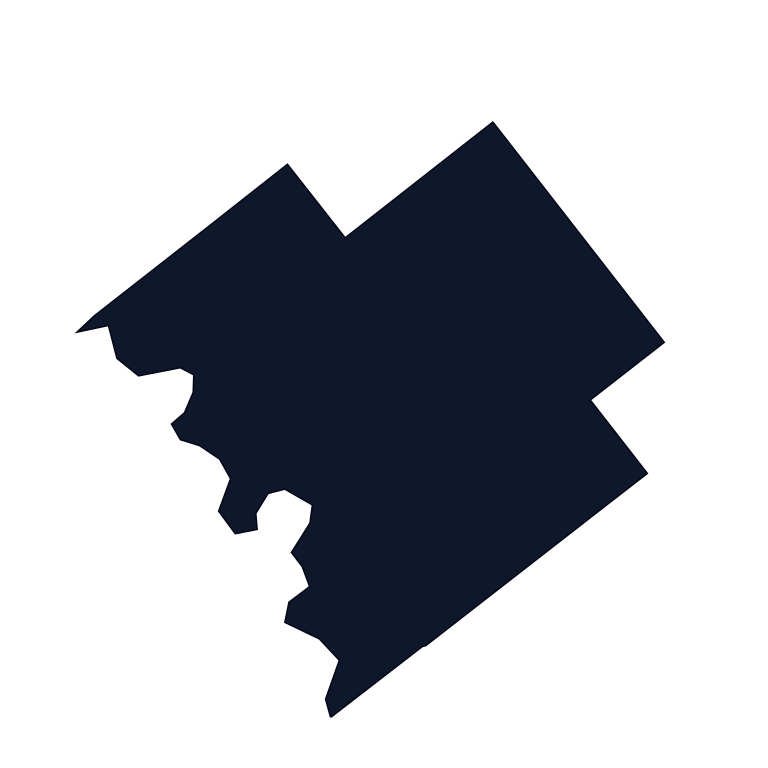 Pontotoc, Oklahoma, United States of America (Albers equal-area conic projection), rotated 232°
{"feature_id": "52423323B67548831395162", "entity_name": "Pontotoc", "entity_type": "district", "adm_level": 2, "iso_a3": "USA", "parent_name": "United States of America", "parent_adm1": "Oklahoma", "projection": "albers", "projection_center": [-96.674, 34.735], "detail": "fine", "context": "isolated", "style": "filled", "palette": "ink", "viewbox_px": 768, "rotation_deg": 232, "n_neighbors": 0, "source": "geoboundaries", "source_scale": "gbopen_adm2", "svg_char_len": 723}
<svg xmlns="http://www.w3.org/2000/svg" viewBox="0 0 768 768"><g transform="rotate(232 384 384)"><path d="M521.9,631.1L523.4,630.9L523.1,443.4L616.6,443.2L616.2,349.1L616.1,208.9L616.1,197.8L613.9,173.9L599.8,202.9L568.6,189.3L541.5,195.6L522.3,233.4L508.3,239.7L494.9,228.5L484.2,209.1L483.3,191.8L465.4,189.3L449.0,200.7L426.0,208.2L403.9,204.8L385.6,175.4L357.6,174.6L347.5,194.5L360.9,203.3L369.1,225.2L362.3,241.0L332.8,253.1L320.0,240.0L308.2,207.3L290.4,207.1L270.2,200.7L270.6,174.8L257.2,159.1L222.9,176.1L193.8,178.7L171.6,143.9L154.7,136.9L154.1,137.7L153.5,252.5L152.1,255.8L152.0,302.2L151.6,489.7L151.4,536.5L244.4,536.7L244.3,630.5L521.9,631.1Z" fill="#0f172a" stroke="#020617" stroke-width="1.5"/></g></svg>